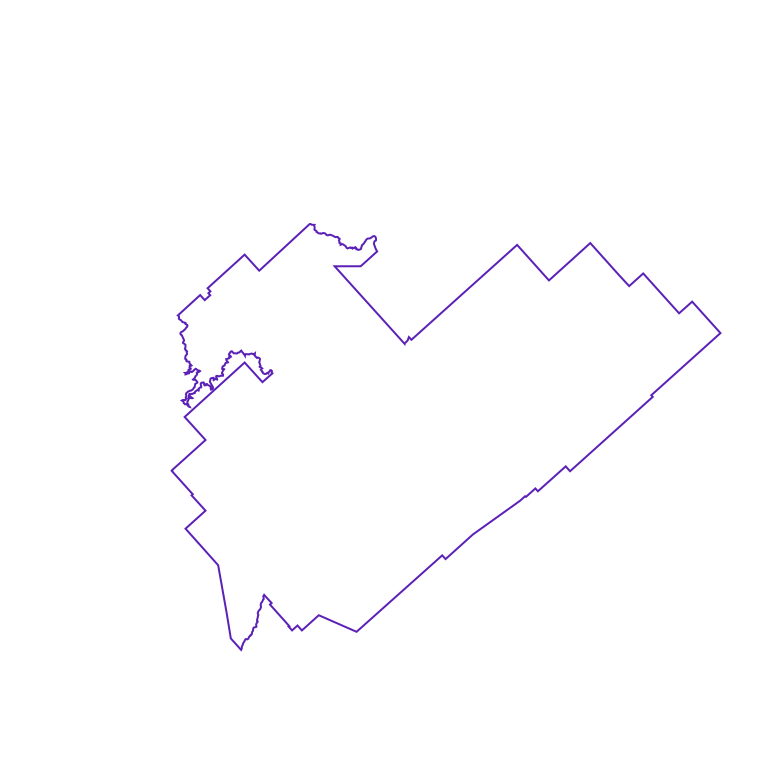 outline of Collie, Western Australia, Australia, rotated 48°
{"feature_id": "25037944B67416490528235", "entity_name": "Collie", "entity_type": "district", "adm_level": 2, "iso_a3": "AUS", "parent_name": "Australia", "parent_adm1": "Western Australia", "projection": "equal_earth", "projection_center": [116.035, -33.274], "detail": "fine", "context": "isolated", "style": "outline", "palette": "violet", "viewbox_px": 768, "rotation_deg": 48, "n_neighbors": 0, "source": "geoboundaries", "source_scale": "gbopen_adm2", "svg_char_len": 6163}
<svg xmlns="http://www.w3.org/2000/svg" viewBox="0 0 768 768"><g transform="rotate(48 384 384)"><path d="M417.3,136.4L417.4,192.1L369.7,192.0L369.5,334.0L365.8,334.1L367.5,337.4L367.7,341.4L368.0,341.8L263.5,341.9L280.9,322.5L280.9,300.4L277.7,299.6L273.3,297.8L272.6,297.3L271.8,295.8L271.6,295.2L271.9,293.9L271.6,293.4L269.8,292.2L269.1,292.0L268.0,292.0L267.4,292.4L266.7,294.0L266.8,294.9L266.4,297.0L265.1,298.7L264.9,299.4L265.0,301.3L265.6,302.6L265.5,303.2L266.0,304.5L266.2,306.0L266.0,307.0L266.1,307.6L266.8,308.3L267.2,309.5L268.1,310.4L268.2,311.1L267.8,312.2L267.2,313.3L266.3,313.5L266.2,313.9L265.5,314.3L265.1,314.4L264.3,313.7L263.2,313.7L263.0,314.3L263.1,315.1L262.5,315.6L262.4,316.5L261.6,316.3L261.3,317.3L260.9,317.5L260.4,317.3L260.1,317.6L258.8,320.4L257.9,320.7L255.9,320.3L252.7,321.0L252.2,321.4L251.5,323.1L250.4,322.1L249.5,322.7L249.0,322.6L248.1,321.7L247.0,321.3L246.6,319.9L246.3,319.8L245.0,320.2L244.0,320.0L243.5,320.2L242.3,321.9L239.5,322.8L236.9,324.2L236.0,326.1L235.5,326.7L233.8,327.1L233.0,326.9L231.4,327.8L230.9,328.5L230.5,329.9L230.2,330.3L229.3,330.6L228.9,331.3L228.0,331.9L226.5,332.0L226.0,332.4L224.8,331.8L223.4,332.4L222.6,332.3L221.2,330.7L219.5,329.9L219.2,329.2L217.4,331.1L216.0,331.5L215.4,332.3L216.3,400.9L194.6,401.0L194.8,451.0L199.0,451.0L199.0,453.7L201.7,453.7L201.7,461.1L194.9,461.1L195.1,491.3L196.3,491.0L197.4,491.8L198.1,492.7L198.9,492.8L200.7,492.2L203.1,492.3L205.8,490.6L206.0,490.7L206.0,491.3L206.3,491.4L207.6,491.1L208.3,490.7L208.7,490.7L209.7,491.8L209.7,493.0L210.2,495.0L210.2,498.2L209.7,500.1L209.8,500.8L210.4,501.7L211.4,501.9L212.4,501.6L217.4,503.2L218.1,503.7L218.4,505.1L218.6,505.5L219.1,505.9L221.5,505.3L222.2,505.4L224.2,507.4L224.6,508.4L225.6,508.4L226.3,508.9L226.9,508.6L228.0,508.5L228.4,509.3L230.0,510.4L230.3,512.6L231.5,514.2L232.3,514.9L233.6,514.5L233.9,514.6L234.2,515.2L234.6,515.5L235.1,515.5L237.2,513.8L238.6,514.7L241.5,514.7L241.4,515.1L240.6,515.7L240.4,516.1L240.9,516.4L241.6,517.5L242.2,517.5L243.1,517.2L243.4,517.4L243.2,518.4L242.6,519.7L243.5,520.6L243.7,522.0L243.3,523.6L242.7,524.4L243.6,524.3L244.1,525.0L244.3,524.7L244.6,523.4L245.6,521.7L245.0,520.6L245.0,519.6L245.4,519.1L246.2,519.1L246.5,518.7L246.8,517.1L246.5,516.4L246.6,513.8L246.9,513.6L249.0,513.3L250.7,512.2L251.3,512.1L251.1,513.8L250.4,514.6L250.3,515.3L250.4,515.7L251.5,516.0L251.8,516.5L252.1,518.1L252.1,519.1L252.8,520.2L252.9,523.0L253.3,522.9L254.6,521.4L255.7,521.3L257.7,521.4L258.0,521.7L258.1,522.2L257.6,524.1L259.7,527.0L259.5,527.9L260.0,529.1L260.1,529.8L259.8,531.8L259.0,532.9L259.0,533.5L258.5,534.8L258.6,537.3L259.2,538.2L260.7,538.8L261.0,539.2L261.2,540.3L262.7,541.1L263.0,542.2L261.2,544.4L261.0,545.3L262.7,544.8L263.5,545.0L264.0,545.6L266.0,545.4L266.4,544.6L267.0,544.2L270.0,544.2L270.9,543.9L271.2,543.7L270.8,543.6L269.6,544.0L269.1,543.8L268.2,543.0L267.6,543.1L266.3,542.7L265.4,541.7L265.3,540.8L264.6,539.7L264.5,539.1L263.6,539.1L263.5,538.6L263.8,538.1L266.2,536.1L266.3,535.8L264.5,536.2L262.6,537.2L262.1,536.8L261.2,535.4L261.5,534.8L262.4,534.7L262.4,534.0L262.7,533.4L263.4,532.7L263.4,531.5L264.1,530.7L263.3,529.4L263.6,526.8L264.2,526.2L264.8,526.1L264.5,525.5L263.7,525.4L263.4,524.7L263.6,522.9L264.6,521.5L263.8,521.9L263.3,521.3L261.4,520.3L261.0,519.7L260.9,518.8L261.8,517.9L261.8,517.3L262.2,517.0L263.5,517.2L264.2,518.2L265.0,518.2L265.7,517.3L265.2,516.3L265.5,515.6L265.8,515.5L266.7,515.7L268.9,514.7L270.9,515.1L271.7,516.0L272.4,516.3L272.9,514.9L272.7,514.6L272.7,513.8L271.8,513.2L265.8,511.9L264.9,510.5L264.2,509.8L264.0,509.0L264.0,508.6L265.3,506.5L265.8,506.6L266.9,508.0L267.2,508.0L267.2,506.6L267.3,506.0L269.0,505.0L268.7,504.7L266.2,503.9L265.9,503.5L265.9,503.2L266.5,502.3L267.3,502.0L268.3,501.0L268.5,499.9L270.1,498.1L269.2,497.2L267.7,497.3L267.2,496.8L266.2,494.2L266.2,493.2L266.1,492.9L265.5,493.1L265.0,494.0L264.5,494.2L264.0,493.7L263.2,492.5L263.0,491.4L263.6,490.1L262.9,489.1L262.4,487.7L262.9,486.3L263.5,485.8L263.5,485.4L261.1,485.3L259.9,484.6L261.2,482.1L261.2,481.4L260.4,481.1L260.6,480.5L261.2,479.8L261.3,479.5L260.5,479.3L259.6,479.7L258.5,479.7L257.8,478.6L257.9,477.4L257.6,477.1L257.4,476.5L257.5,475.7L257.9,475.2L260.6,475.1L262.4,473.3L262.9,473.0L262.9,471.6L263.8,470.3L263.6,468.5L263.7,467.7L264.9,468.0L266.8,467.9L268.0,468.3L268.4,467.9L269.9,468.3L269.3,467.6L269.3,466.6L270.4,465.8L271.0,465.0L271.7,464.6L271.9,463.6L272.7,462.2L273.4,461.8L273.7,461.3L274.6,461.2L274.6,460.6L274.9,460.3L274.9,459.5L276.0,460.7L277.4,461.2L277.8,461.0L279.4,461.0L279.6,460.4L280.0,460.4L280.3,459.8L281.0,459.4L282.1,459.3L282.8,459.8L284.6,462.4L285.3,462.4L286.4,463.1L287.9,463.6L288.4,464.2L288.1,464.6L288.1,464.9L288.7,464.8L289.5,464.3L290.8,464.1L290.7,464.6L291.1,465.4L291.1,466.0L292.2,465.9L293.0,466.4L293.8,466.1L294.3,466.5L295.2,466.6L296.7,466.0L297.6,464.8L297.6,463.3L298.7,463.0L298.1,461.6L297.9,460.0L297.6,459.5L297.7,459.1L298.4,458.6L299.1,458.6L299.7,458.9L300.5,460.0L301.4,459.8L301.3,473.1L274.8,473.2L275.1,554.2L306.2,554.1L306.2,599.5L307.0,599.5L307.0,599.9L338.0,599.9L338.0,601.5L358.7,601.4L358.7,628.3L407.7,628.5L449.6,654.6L470.6,668.1L486.0,668.1L485.4,666.7L484.0,665.3L483.3,663.4L482.4,662.2L482.0,660.2L481.5,659.4L481.0,657.8L481.3,657.1L481.8,656.9L482.3,656.4L482.5,655.3L481.6,653.3L481.7,651.7L481.4,651.7L481.3,650.1L481.5,649.9L481.4,649.6L480.0,647.8L479.7,646.5L478.3,644.9L477.9,644.1L478.0,643.3L478.8,642.1L479.0,641.2L477.1,639.9L476.5,638.7L476.3,637.5L476.0,636.8L475.7,636.7L475.1,636.9L474.4,636.2L472.9,633.9L472.1,633.0L471.6,631.9L470.2,631.5L469.7,631.0L468.7,629.0L468.5,626.7L467.7,625.0L467.0,624.3L466.1,623.8L465.3,623.1L464.4,621.5L464.4,620.3L463.4,618.3L463.3,617.2L461.0,615.7L460.8,615.2L460.5,614.2L471.6,614.1L471.6,616.3L500.6,616.4L500.4,617.2L505.6,617.2L505.6,609.9L512.2,609.9L512.2,587.2L549.8,570.2L550.3,455.4L555.3,455.4L555.3,418.6L561.8,361.0L561.8,354.3L562.9,354.0L562.9,341.4L566.7,341.4L566.8,304.1L573.3,304.1L573.4,192.9L571.2,192.9L571.3,99.9L529.0,99.9L528.9,117.4L475.3,117.4L475.3,136.3L459.6,136.5L417.3,136.4Z" fill="none" stroke="#5b21b6" stroke-width="2"/></g></svg>